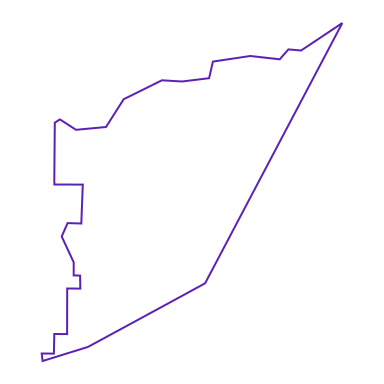 Storey, Nevada, United States of America
{"feature_id": "52423323B43012688186735", "entity_name": "Storey", "entity_type": "district", "adm_level": 2, "iso_a3": "USA", "parent_name": "United States of America", "parent_adm1": "Nevada", "projection": "orthographic", "projection_center": [-119.576, 39.439], "detail": "fine", "context": "isolated", "style": "outline", "palette": "violet", "viewbox_px": 384, "rotation_deg": 0, "n_neighbors": 0, "source": "geoboundaries", "source_scale": "gbopen_adm2", "svg_char_len": 515}
<svg xmlns="http://www.w3.org/2000/svg" viewBox="0 0 384 384"><path d="M339.7,28.0L342.3,23.0L301.1,50.5L288.4,49.4L279.7,59.3L250.0,56.0L212.9,61.6L209.1,78.2L182.1,81.5L161.9,80.3L123.7,99.2L106.0,127.0L76.0,129.8L59.9,119.4L54.8,122.7L54.3,180.0L54.4,184.5L82.8,184.6L81.3,223.5L67.6,223.1L61.7,236.5L73.7,262.3L73.7,275.4L80.1,275.6L80.3,288.6L67.2,288.5L67.1,334.1L54.3,334.0L53.9,353.6L41.7,353.5L42.6,361.0L88.0,346.9L150.5,313.0L205.1,283.3L339.7,28.0Z" fill="none" stroke="#5b21b6" stroke-width="2"/></svg>